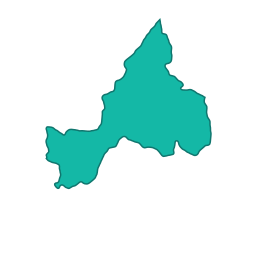 Bohechio, San Juan, Dominican Republic, rotated 51°
{"feature_id": "3306468B96171292047706", "entity_name": "Bohechio", "entity_type": "district", "adm_level": 2, "iso_a3": "DOM", "parent_name": "Dominican Republic", "parent_adm1": "San Juan", "projection": "orthographic", "projection_center": [-71.007, 18.905], "detail": "fine", "context": "isolated", "style": "filled", "palette": "teal", "viewbox_px": 256, "rotation_deg": 51, "n_neighbors": 0, "source": "geoboundaries", "source_scale": "gbopen_adm2", "svg_char_len": 5778}
<svg xmlns="http://www.w3.org/2000/svg" viewBox="0 0 256 256"><g transform="rotate(51 128 128)"><path d="M190.4,78.9L190.9,78.0L191.6,76.8L191.9,76.1L192.0,75.2L191.9,74.6L191.7,74.3L191.1,73.4L190.4,72.6L186.2,68.5L184.8,67.2L183.9,66.6L182.2,65.7L179.6,63.7L178.9,63.3L177.3,62.4L175.3,60.8L174.3,60.1L173.3,59.8L170.1,59.4L169.0,59.1L165.7,57.4L164.8,56.7L162.2,54.2L161.2,53.5L160.9,53.3L160.1,53.1L157.0,52.8L156.3,52.6L155.9,52.4L155.0,51.8L154.2,51.0L153.5,50.2L152.6,48.9L151.5,49.4L149.7,49.9L147.8,50.9L146.4,51.5L144.5,52.5L141.5,53.2L138.2,54.7L137.6,55.2L136.9,56.0L135.9,57.9L135.2,58.9L134.4,59.8L132.8,61.6L132.2,62.0L131.6,62.3L130.9,62.3L130.5,62.2L130.2,62.0L130.0,61.8L129.9,61.2L129.8,59.2L129.6,58.5L129.4,58.3L129.1,58.0L128.4,57.7L127.4,57.6L126.2,57.7L125.4,57.8L124.7,58.1L123.1,58.9L122.4,59.1L121.2,59.2L118.4,59.3L117.2,59.5L116.9,59.7L116.2,60.1L114.3,61.5L113.7,62.0L113.0,62.2L112.2,62.2L111.5,62.0L110.0,61.3L109.3,61.1L108.1,61.0L105.3,60.9L104.1,60.7L103.4,60.4L102.9,60.0L102.4,59.4L102.3,59.0L102.2,58.3L102.3,57.6L103.2,55.8L103.5,54.7L103.5,53.9L103.4,53.1L103.3,52.7L102.9,52.0L102.5,51.4L101.6,50.5L99.8,48.8L98.9,48.1L97.2,47.3L96.5,46.8L95.6,46.1L93.6,44.1L93.0,43.6L92.3,43.2L92.0,43.0L91.2,42.8L88.5,42.5L87.7,42.3L87.0,42.1L85.4,41.3L82.8,40.6L80.9,39.8L80.2,39.6L79.4,39.6L78.7,39.9L78.1,40.3L77.0,41.2L76.4,41.6L75.7,41.8L75.4,41.7L75.0,41.6L74.4,41.2L72.9,40.0L72.3,39.6L70.9,38.9L69.0,37.8L67.3,37.1L65.8,36.1L63.8,35.0L64.4,39.9L64.6,40.7L65.4,42.3L65.6,43.0L65.8,44.3L65.9,46.8L66.0,48.1L66.2,48.9L67.0,50.5L67.2,51.2L67.4,52.0L67.6,54.4L67.8,55.1L68.0,55.8L68.8,57.5L69.5,60.5L70.5,62.4L71.1,63.8L71.9,65.4L72.3,66.5L72.4,67.7L72.5,71.6L72.6,72.9L72.9,74.0L73.7,75.6L73.9,76.4L74.0,77.2L74.1,79.8L74.0,86.0L74.1,87.3L74.2,88.1L74.5,88.9L75.0,89.6L75.5,90.2L76.4,91.0L77.1,91.4L77.9,91.7L78.6,91.9L80.5,92.0L81.5,92.3L81.8,92.5L82.2,93.0L83.3,94.7L83.7,95.4L84.3,96.8L85.2,98.7L85.4,99.5L85.5,100.4L85.6,102.1L85.4,103.8L85.1,105.0L84.5,106.2L84.3,106.9L84.2,107.6L84.3,108.4L84.6,109.1L85.1,109.7L85.9,110.6L89.0,113.5L89.7,114.5L90.0,115.2L90.2,115.9L90.1,116.7L89.1,118.9L89.0,119.7L88.7,122.0L88.5,122.8L88.2,123.5L87.4,125.1L87.2,125.8L87.2,127.0L87.3,127.7L87.5,128.1L87.6,128.4L88.1,129.0L89.0,129.6L89.7,129.9L91.6,130.2L92.3,130.5L93.9,131.3L95.6,132.0L97.9,133.5L98.1,133.7L98.4,134.3L98.6,135.0L98.8,136.8L99.0,137.4L99.2,137.7L99.7,138.1L101.1,139.2L103.3,141.3L106.4,144.3L107.3,145.3L107.8,145.9L108.3,147.0L108.8,149.3L109.8,151.5L109.9,152.3L109.8,152.6L109.7,153.3L108.9,154.9L108.3,156.3L107.2,158.1L106.6,159.5L106.1,160.2L105.0,161.5L101.5,165.1L100.8,166.0L99.8,167.4L98.1,168.6L96.2,170.2L93.5,172.8L93.0,173.5L92.6,174.1L92.4,174.5L92.2,175.3L92.1,176.1L92.1,177.3L92.2,178.1L92.3,178.8L93.3,180.9L93.4,181.6L93.3,181.9L93.1,182.2L92.6,182.6L90.6,183.1L88.7,183.9L86.0,184.5L85.3,184.7L83.7,185.5L81.1,186.0L80.3,186.3L79.0,187.2L77.6,188.6L76.6,189.7L76.3,190.3L76.3,190.7L76.4,191.0L76.7,191.6L77.2,192.1L77.8,192.4L79.1,192.9L80.7,193.8L82.1,194.4L82.8,194.8L83.4,195.3L84.3,196.2L84.8,196.9L85.2,197.5L85.6,198.5L86.0,199.2L86.5,199.7L87.0,200.2L87.6,200.6L90.6,202.0L91.3,202.2L93.2,202.6L93.9,202.8L95.7,203.9L96.3,204.3L96.5,204.5L96.8,205.1L97.2,207.6L97.4,208.2L97.8,208.7L98.4,208.9L99.2,209.3L99.7,209.6L100.1,210.1L100.3,210.7L102.3,210.6L103.1,210.5L103.8,210.2L107.1,208.5L109.6,206.5L110.3,206.0L112.8,204.9L113.4,204.9L113.8,204.9L114.1,205.1L114.7,205.4L116.2,206.7L116.9,207.1L118.3,207.7L119.8,208.6L121.5,209.4L122.1,209.9L122.6,210.4L123.0,211.0L123.9,212.6L125.6,214.9L126.0,215.5L126.1,215.9L126.2,216.3L126.2,217.0L126.0,217.6L125.3,219.0L125.3,219.6L125.3,220.0L125.5,220.3L125.8,220.5L126.1,220.7L126.7,220.9L127.8,221.0L129.0,221.0L130.0,220.8L130.7,220.5L130.9,220.3L131.1,220.0L131.2,219.7L131.1,219.0L130.3,217.4L130.2,216.7L130.3,216.0L130.4,215.6L130.6,215.3L131.1,214.8L131.7,214.5L132.0,214.3L134.3,213.9L135.0,213.7L137.1,212.5L137.6,212.1L137.8,211.8L138.0,211.1L138.4,208.2L138.6,207.5L139.4,205.8L139.6,205.0L139.7,203.8L139.7,200.0L139.9,198.9L140.3,198.3L140.5,198.1L141.1,197.8L142.8,197.4L143.5,197.0L144.2,196.6L145.1,195.7L145.6,195.1L146.0,194.4L146.1,194.0L146.3,193.2L146.4,191.9L146.4,188.5L146.3,186.4L146.2,185.5L146.0,184.7L145.7,184.1L145.0,182.8L144.4,181.4L143.9,180.8L143.4,180.1L140.9,177.5L140.0,176.2L139.4,174.8L138.4,172.9L137.8,171.5L136.7,169.6L136.1,168.2L135.1,166.3L134.5,164.9L133.6,163.3L133.4,162.6L133.2,161.8L132.9,159.1L132.7,158.3L131.9,156.4L131.8,156.1L131.8,155.3L131.9,155.0L132.2,154.3L134.3,150.2L134.5,149.5L134.5,148.8L134.4,148.4L134.1,147.7L133.5,146.5L132.9,145.1L132.0,143.6L131.6,142.5L131.4,141.3L131.4,139.6L131.4,138.4L131.6,137.3L131.8,136.9L132.2,136.3L132.7,135.8L133.3,135.4L134.1,135.2L136.7,135.0L137.6,134.7L138.8,133.7L140.0,133.1L141.5,132.2L143.2,131.3L145.4,129.6L146.4,129.0L147.2,128.8L148.0,128.7L151.5,128.6L152.3,128.4L153.0,128.1L153.6,127.7L154.0,127.2L154.4,126.5L155.0,125.2L155.7,124.2L156.5,123.3L157.6,122.2L158.5,121.4L159.2,120.9L162.5,119.3L163.2,119.0L164.4,118.9L166.1,118.8L169.5,118.9L170.7,118.9L171.5,118.7L171.8,118.6L172.4,118.2L173.8,115.8L174.5,114.1L175.6,112.2L176.6,110.0L176.8,109.4L176.8,109.1L176.6,108.5L176.2,108.0L175.6,107.6L174.1,106.8L173.3,106.1L172.9,105.5L172.2,104.2L171.7,103.6L171.0,102.7L168.8,100.4L168.4,99.9L168.3,99.6L168.2,99.2L168.3,98.8L168.4,98.5L168.6,98.3L169.1,97.8L169.4,97.7L170.1,97.6L170.8,97.8L172.7,98.7L173.8,99.0L175.0,99.2L176.2,99.2L177.4,99.1L178.2,99.0L179.0,98.8L180.6,98.1L181.3,97.8L183.9,97.2L185.8,96.2L187.2,95.7L188.8,94.8L190.1,94.2L191.0,93.7L191.5,93.1L191.9,92.5L192.1,91.8L192.2,91.0L192.1,90.2L191.9,89.5L191.0,87.6L190.7,86.3L190.6,84.6L190.5,81.2L190.4,78.9Z" fill="#14b8a6" stroke="#0f766e" stroke-width="1.5"/></g></svg>